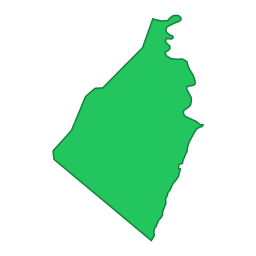 the district of Jefferson, West Virginia, United States of America
{"feature_id": "52423323B80125448855540", "entity_name": "Jefferson", "entity_type": "district", "adm_level": 2, "iso_a3": "USA", "parent_name": "United States of America", "parent_adm1": "West Virginia", "projection": "albers", "projection_center": [-77.789, 39.316], "detail": "fine", "context": "isolated", "style": "filled", "palette": "green", "viewbox_px": 256, "rotation_deg": 0, "n_neighbors": 0, "source": "geoboundaries", "source_scale": "gbopen_adm2", "svg_char_len": 1546}
<svg xmlns="http://www.w3.org/2000/svg" viewBox="0 0 256 256"><path d="M151.3,240.6L154.2,235.9L154.2,234.3L153.9,232.6L153.9,231.2L154.6,228.3L156.0,226.6L158.5,220.6L159.4,219.0L160.5,218.4L162.0,216.0L162.4,214.9L162.7,212.6L162.6,211.8L165.8,203.5L165.9,202.7L165.5,199.4L165.7,198.7L167.4,195.3L167.8,192.9L170.1,189.8L172.6,184.3L173.7,182.6L175.2,181.1L178.4,176.6L178.6,175.7L180.4,168.8L178.8,168.8L178.6,168.6L178.7,165.2L178.9,164.8L179.5,164.5L180.0,163.7L180.7,163.9L182.5,163.3L183.0,160.4L183.2,160.0L184.4,157.3L184.6,156.7L185.9,153.4L186.1,153.0L187.1,151.7L187.1,151.3L187.0,149.8L187.3,148.0L188.4,144.3L189.8,140.8L195.7,130.1L198.0,128.1L202.0,126.4L202.8,125.7L203.0,124.7L199.9,124.5L196.5,121.6L187.1,117.3L184.9,116.1L183.7,114.1L183.3,111.7L184.4,109.9L188.4,107.4L190.5,105.1L191.4,101.0L191.3,97.8L187.0,89.7L186.7,88.9L186.9,87.4L187.5,86.6L188.7,86.1L192.9,85.4L194.2,84.9L195.0,83.9L195.2,82.7L195.0,80.9L193.3,75.4L189.7,69.7L187.3,64.0L187.1,62.1L186.3,61.3L184.4,60.0L182.2,59.0L176.7,59.3L170.6,58.5L167.0,56.2L164.9,53.7L166.0,51.6L168.2,50.6L169.9,48.6L169.8,46.0L166.6,43.2L165.3,40.8L166.5,38.6L170.7,38.9L172.4,38.7L173.1,37.5L172.9,36.3L169.7,34.8L166.9,32.7L165.7,30.0L167.1,26.7L173.6,23.5L178.2,21.7L180.4,20.4L181.1,19.3L180.9,17.7L178.6,15.6L177.0,15.4L173.5,15.6L172.2,16.2L170.2,17.9L167.5,20.6L161.1,21.0L153.1,19.0L152.8,18.9L142.5,47.8L124.4,66.0L102.8,87.9L95.1,88.3L85.6,96.5L71.4,130.5L53.0,151.0L54.0,159.3L54.2,159.5L151.3,240.6Z" fill="#22c55e" stroke="#15803d" stroke-width="1.5"/></svg>